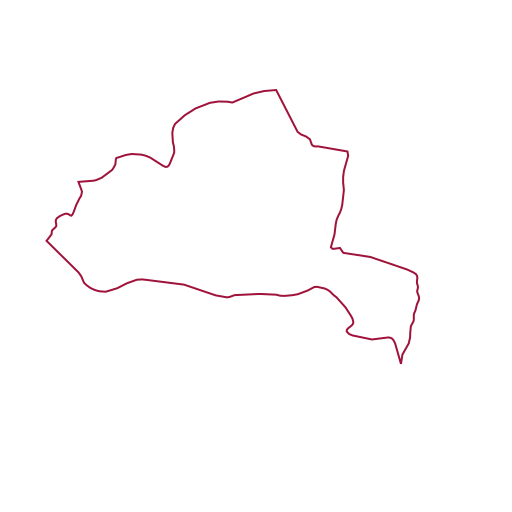 the border of Logar, rotated 44°
{"feature_id": "AFG-1771", "entity_name": "Logar", "entity_type": "Province", "adm_level": 1, "iso_a3": "AFG", "parent_name": "Afghanistan", "parent_adm1": "", "projection": "albers", "projection_center": [69.257, 33.983], "detail": "fine", "context": "isolated", "style": "outline", "palette": "rose", "viewbox_px": 512, "rotation_deg": 44, "n_neighbors": 0, "source": "natural_earth", "source_scale": "10m", "svg_char_len": 2228}
<svg xmlns="http://www.w3.org/2000/svg" viewBox="0 0 512 512"><g transform="rotate(44 256 256)"><path d="M249.2,117.3L252.7,119.9L260.0,133.5L263.6,138.4L267.5,142.5L273.4,147.5L282.5,159.3L284.6,162.8L286.2,166.3L287.0,169.2L288.8,173.9L291.0,177.4L297.5,186.0L303.8,197.7L305.9,197.7L306.9,196.9L310.8,191.9L316.6,193.1L338.9,177.3L374.2,160.7L380.6,158.5L383.6,157.9L385.8,158.5L387.2,159.6L389.4,162.4L390.2,163.3L390.8,163.8L393.3,165.2L394.2,166.0L394.8,166.8L395.8,168.5L396.5,169.5L397.3,170.1L400.7,171.7L402.1,172.6L403.2,173.7L404.0,175.2L405.3,178.9L408.4,184.2L409.5,187.1L410.2,188.4L411.0,189.4L413.3,191.7L414.2,192.8L414.7,193.8L416.2,199.0L420.9,204.8L423.4,207.5L426.6,212.8L429.8,225.2L435.2,232.9L416.9,222.3L414.8,221.5L413.0,221.0L411.2,220.9L409.6,221.4L407.8,222.6L397.4,235.5L380.6,246.1L377.3,247.4L373.7,247.3L372.6,246.0L372.5,243.5L372.9,240.9L373.1,238.6L372.6,236.8L371.5,235.6L369.2,234.2L366.4,233.2L356.1,230.8L342.7,229.8L338.9,230.2L333.9,230.1L331.0,230.6L328.1,231.6L321.4,235.7L319.5,237.8L317.1,245.1L312.6,254.5L309.5,258.8L304.4,264.7L301.1,267.7L297.4,269.8L285.6,280.2L284.0,281.8L267.8,299.0L265.6,303.5L264.0,305.8L254.4,312.3L224.1,326.6L194.7,348.6L190.5,351.8L186.8,355.8L182.0,365.5L178.6,375.5L172.8,386.0L168.7,389.5L166.7,390.9L163.2,392.6L159.1,394.0L154.4,394.7L150.8,394.7L144.5,392.0L139.8,391.1L94.8,390.6L93.9,382.5L91.8,379.8L91.5,378.6L91.8,374.4L91.4,373.0L89.9,371.7L88.4,370.7L87.1,369.2L86.5,367.3L87.2,363.4L88.3,360.5L89.5,358.0L90.8,356.8L92.0,356.2L94.4,355.7L95.2,355.2L95.1,353.4L94.0,350.4L91.2,344.1L88.9,336.8L88.5,334.4L87.0,331.9L85.9,330.4L76.8,326.0L87.0,314.5L88.3,312.4L90.6,307.0L92.7,294.0L92.2,291.2L91.2,287.8L88.1,283.9L87.6,282.9L87.5,282.3L88.2,281.3L92.2,273.7L95.7,269.0L103.1,262.7L107.2,260.4L111.5,258.7L126.1,255.8L128.8,254.9L130.0,253.8L130.4,252.4L130.4,251.7L129.9,249.6L125.5,238.7L124.2,237.2L121.1,234.4L117.3,232.0L110.3,225.6L107.4,221.3L106.0,217.2L107.0,204.2L110.0,191.8L116.4,177.9L121.8,170.8L128.2,164.9L132.4,162.0L141.3,140.9L147.3,131.6L155.2,122.6L199.7,137.8L204.0,137.3L208.9,135.3L213.7,134.6L219.0,137.2L221.0,137.0L222.8,135.8L224.4,134.1L249.2,117.3Z" fill="none" stroke="#9f1239" stroke-width="2"/></g></svg>